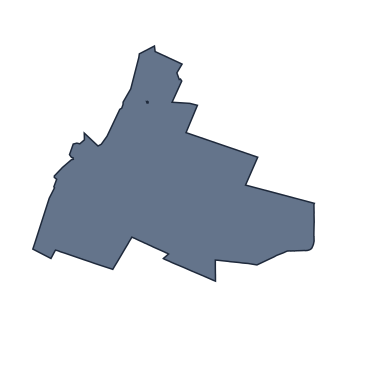 Tamdi, Navoi, Uzbekistan (Equal Earth projection), rotated 114°
{"feature_id": "79887680B37906364425566", "entity_name": "Tamdi", "entity_type": "district", "adm_level": 2, "iso_a3": "UZB", "parent_name": "Uzbekistan", "parent_adm1": "Navoi", "projection": "equal_earth", "projection_center": [65.436, 42.347], "detail": "fine", "context": "isolated", "style": "filled", "palette": "slate", "viewbox_px": 384, "rotation_deg": 114, "n_neighbors": 0, "source": "geoboundaries", "source_scale": "gbopen_adm2", "svg_char_len": 2185}
<svg xmlns="http://www.w3.org/2000/svg" viewBox="0 0 384 384"><g transform="rotate(114 192 192)"><path d="M302.6,314.8L308.9,314.2L310.1,293.8L304.1,293.4L301.8,293.2L300.6,293.1L300.2,290.6L300.1,287.7L299.6,283.4L298.6,272.0L297.9,263.8L297.8,262.8L297.2,256.6L296.9,252.5L296.2,245.5L294.9,233.2L294.9,232.9L291.1,232.5L286.6,231.9L278.9,231.0L274.4,230.5L272.6,230.3L265.2,229.4L263.9,229.3L261.8,229.1L260.7,228.9L257.7,228.6L257.7,226.4L257.6,225.3L257.7,224.4L257.8,220.2L257.8,218.6L257.8,216.2L257.9,214.7L257.8,212.4L257.9,210.9L257.9,209.5L257.9,206.8L258.0,205.5L258.0,204.3L258.0,201.7L258.0,201.0L258.0,200.0L258.0,198.5L258.0,197.7L258.0,195.3L258.0,192.5L258.1,191.5L258.1,190.7L258.0,190.3L258.2,188.2L262.7,190.3L263.6,190.8L264.5,191.1L264.6,189.4L264.5,184.3L264.6,182.5L264.6,180.4L264.4,172.5L264.3,168.7L264.3,166.7L264.3,161.3L264.3,159.6L264.1,151.0L264.0,141.9L264.0,136.9L263.9,134.3L258.1,136.9L256.9,137.5L251.0,140.2L244.7,143.0L243.8,140.5L243.2,138.6L242.2,135.5L240.6,130.6L240.2,129.0L238.5,124.0L237.2,120.1L236.4,117.2L235.4,114.3L234.5,111.8L232.2,103.0L225.8,97.5L220.9,93.3L217.8,90.6L215.6,89.0L210.2,83.6L208.2,81.9L207.1,80.8L205.8,78.2L205.8,77.8L205.2,76.8L204.4,75.1L204.4,74.8L204.1,74.2L203.7,73.7L201.1,68.3L200.5,67.1L199.7,65.5L199.4,64.5L198.4,62.7L196.9,61.0L195.8,60.2L194.5,59.7L192.0,59.7L190.3,59.8L187.2,60.5L184.0,62.0L183.4,62.3L183.0,62.4L182.8,62.7L180.5,63.7L179.8,64.0L171.0,67.7L169.9,68.1L163.5,71.1L162.9,71.4L161.6,71.9L160.7,72.3L159.9,72.7L157.1,74.0L153.9,75.5L153.2,75.6L152.6,75.6L163.9,145.9L133.5,146.1L140.2,221.6L110.6,222.3L111.9,230.0L118.1,246.7L94.8,246.5L93.5,248.5L94.4,249.4L89.3,254.3L79.2,253.1L78.7,282.8L73.9,285.7L87.2,296.3L90.7,295.3L122.7,289.9L137.9,291.5L140.1,290.6L144.0,290.3L145.9,291.6L175.6,292.3L185.3,294.3L188.2,296.6L182.0,314.4L188.1,311.5L193.6,314.1L194.2,317.1L196.5,320.0L207.7,319.1L209.4,316.2L209.1,314.6L210.4,313.7L211.6,315.3L222.2,320.3L233.4,324.3L234.7,323.7L235.4,320.8L243.5,320.3L244.1,319.3L255.7,319.9L302.6,314.8ZM129.0,269.3L127.9,270.3L127.8,269.8L127.3,269.5L127.6,268.6L128.6,268.4L129.0,269.3Z" fill="#64748b" stroke="#1e293b" stroke-width="1.5"/></g></svg>